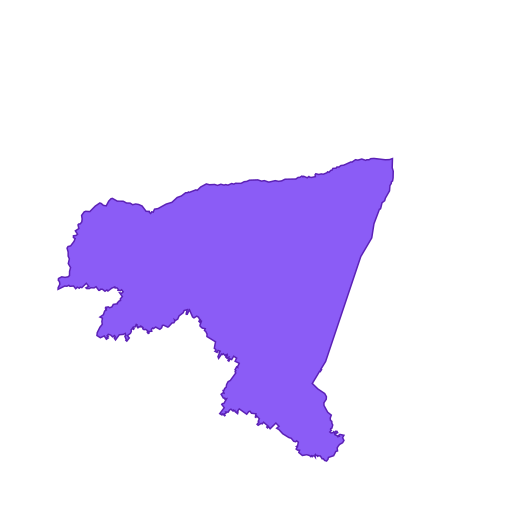 Sleman, Yogyakarta, Indonesia, rotated 31°
{"feature_id": "22746128B68764842139539", "entity_name": "Sleman", "entity_type": "district", "adm_level": 2, "iso_a3": "IDN", "parent_name": "Indonesia", "parent_adm1": "Yogyakarta", "projection": "orthographic", "projection_center": [110.397, -7.69], "detail": "fine", "context": "isolated", "style": "filled", "palette": "violet", "viewbox_px": 512, "rotation_deg": 31, "n_neighbors": 0, "source": "geoboundaries", "source_scale": "gbopen_adm2", "svg_char_len": 6140}
<svg xmlns="http://www.w3.org/2000/svg" viewBox="0 0 512 512"><g transform="rotate(31 256 256)"><path d="M398.5,403.1L401.8,400.2L404.9,399.4L406.1,399.8L406.5,398.6L407.5,399.1L407.7,397.8L409.4,397.4L410.3,397.8L409.1,396.2L409.2,395.6L409.7,396.0L411.7,395.3L411.9,396.6L412.3,395.1L414.2,394.3L417.2,395.8L418.1,395.1L420.1,395.9L422.1,395.4L422.4,393.2L421.8,391.4L425.4,387.2L425.1,382.4L426.3,381.1L424.4,378.7L424.4,376.6L424.7,374.5L426.4,371.5L426.4,368.8L423.8,367.2L423.7,364.4L419.8,365.7L419.2,367.4L420.2,367.7L419.2,368.8L418.3,368.3L415.7,368.5L416.1,366.5L417.0,365.4L415.7,364.6L414.4,365.3L414.4,367.4L413.1,366.7L412.9,367.8L411.5,369.0L409.9,368.8L410.4,366.7L409.3,366.4L408.9,365.5L409.7,364.5L408.8,361.3L407.3,360.4L406.1,358.7L404.5,358.5L403.1,356.7L402.5,353.6L397.9,353.0L391.2,349.1L389.8,346.8L390.0,342.6L388.8,340.3L385.7,338.5L377.6,338.1L369.9,336.3L369.9,322.0L370.6,322.0L370.7,319.7L369.9,319.7L370.0,310.6L346.1,202.5L345.9,180.9L340.5,167.6L337.7,152.3L338.4,151.6L338.2,150.5L336.6,145.5L337.8,142.3L337.1,139.8L336.9,131.4L334.5,126.6L334.6,124.2L333.9,122.9L334.4,121.3L333.3,118.5L330.0,112.7L327.3,110.2L322.8,102.2L320.8,104.6L317.3,106.9L306.9,111.6L304.3,113.4L303.3,115.3L301.2,116.6L300.8,117.5L296.7,118.4L293.9,121.4L291.7,122.2L289.9,126.1L288.9,126.5L284.3,133.1L282.2,134.7L281.3,137.0L279.5,138.1L279.4,139.5L276.8,141.3L276.9,143.3L276.0,144.1L275.4,146.7L274.1,146.9L273.8,148.3L271.5,151.3L269.7,152.0L267.8,153.8L264.9,154.7L264.8,155.9L266.0,157.4L263.1,160.1L261.4,160.8L260.4,160.6L259.6,162.6L255.8,163.1L255.5,164.0L254.2,163.8L253.0,166.1L251.6,167.0L250.5,169.5L241.3,175.3L239.3,178.4L236.9,180.4L233.7,181.5L228.9,186.1L224.3,187.1L222.2,189.0L218.4,189.8L211.3,194.4L209.7,196.8L207.6,198.4L205.8,201.4L200.9,204.3L200.0,205.8L197.8,206.4L195.5,209.7L193.2,210.4L192.1,211.7L188.9,212.6L186.7,215.3L183.7,216.0L179.4,218.9L176.3,219.8L173.0,225.4L171.8,230.0L170.4,230.3L165.9,236.0L165.2,235.9L164.5,237.2L163.1,238.0L161.1,243.0L158.3,246.4L156.3,253.3L152.3,257.7L147.6,265.8L144.9,268.1L145.3,271.4L143.9,271.8L143.8,273.8L142.1,273.5L141.6,272.7L138.8,274.3L132.6,271.8L128.8,272.3L126.1,273.4L123.8,275.6L120.9,275.5L117.7,277.3L114.1,277.4L108.9,280.4L103.2,280.6L102.2,281.6L101.5,284.8L101.8,290.1L99.2,291.2L96.3,290.7L94.8,291.0L92.5,296.0L90.7,303.5L87.0,305.4L86.0,306.7L85.6,311.0L87.9,313.8L89.1,316.5L88.8,318.9L87.5,320.0L87.4,321.0L90.0,323.7L88.2,327.5L91.8,329.2L91.3,330.9L89.1,332.7L90.0,334.2L92.0,334.2L92.5,337.1L91.9,342.8L90.0,344.7L90.0,346.6L92.9,349.3L95.1,352.9L97.5,354.6L99.0,359.2L103.0,361.4L104.1,365.2L106.2,368.8L105.6,370.7L103.3,372.7L100.2,373.9L98.3,377.0L99.0,378.6L100.7,379.2L102.4,381.2L102.7,385.0L103.5,386.5L107.5,380.3L109.5,379.3L110.7,377.5L112.1,377.8L115.1,375.7L118.3,376.9L118.8,374.8L121.1,374.6L121.4,373.2L123.0,372.8L124.6,366.8L128.2,368.1L126.6,370.9L127.7,371.1L130.0,369.7L130.7,368.3L133.7,366.7L134.7,364.7L138.9,366.4L139.7,365.9L139.9,364.5L141.5,363.6L144.7,364.0L145.7,361.9L147.1,362.3L148.9,357.9L150.9,355.2L151.7,356.0L153.1,354.9L155.4,355.6L155.4,356.4L157.7,355.5L158.1,354.2L158.9,354.4L160.6,355.1L160.1,357.1L158.2,357.8L162.3,359.6L161.8,362.7L162.8,363.9L161.9,364.9L161.3,367.5L161.8,368.3L158.6,371.0L158.7,373.9L157.2,375.7L155.6,375.7L153.6,377.4L153.7,378.1L154.8,378.1L154.7,379.1L155.5,379.3L154.6,381.1L155.4,384.9L153.7,388.7L156.4,388.4L157.6,391.5L159.4,393.7L158.9,397.4L159.4,403.5L160.6,406.1L164.7,406.2L167.1,402.7L170.6,404.4L171.5,402.5L170.3,402.6L170.7,400.9L169.5,400.9L169.7,399.2L172.1,398.6L174.7,399.2L175.7,397.1L177.1,397.8L176.7,399.3L178.8,400.3L179.4,393.9L182.7,391.5L183.8,389.7L185.1,390.9L184.9,392.3L188.0,394.7L187.9,395.3L189.1,395.5L189.6,391.5L186.8,390.5L188.2,386.9L188.0,384.9L187.0,383.6L187.4,381.8L188.7,382.0L188.9,381.2L187.3,381.1L187.4,380.1L188.9,379.1L188.6,376.3L189.5,376.3L189.6,377.5L191.0,377.4L191.0,378.1L191.8,378.4L192.8,376.3L193.8,376.1L193.5,375.4L195.9,375.5L196.4,376.7L198.0,376.8L199.1,375.8L200.5,375.8L201.8,376.0L202.0,377.3L203.5,377.9L204.0,377.2L203.2,375.8L205.4,374.2L204.1,372.7L204.6,370.9L205.5,371.0L206.6,368.6L211.3,368.4L212.1,366.1L211.5,363.7L212.5,362.9L217.0,362.4L217.5,361.7L218.5,356.7L220.0,355.5L220.0,353.7L219.1,352.8L220.0,353.0L221.4,350.4L220.9,347.0L222.8,342.2L222.5,339.7L224.7,337.4L225.8,341.3L226.3,341.9L227.1,341.4L226.6,336.6L225.9,335.8L233.0,340.9L234.7,341.0L236.2,338.1L238.3,338.1L240.3,339.4L240.8,339.2L240.7,341.4L241.9,341.7L242.1,339.9L242.8,339.9L243.6,344.2L244.4,345.0L247.1,345.5L249.9,344.4L250.2,346.4L251.8,346.6L254.2,348.1L255.4,350.3L265.5,350.4L267.8,356.6L269.6,356.8L270.3,357.7L269.9,358.8L272.3,358.7L272.1,356.5L274.3,356.1L274.2,357.9L274.7,358.0L275.2,361.8L276.7,363.0L277.0,357.8L277.8,357.9L278.3,356.6L281.1,357.3L281.0,356.3L281.4,356.3L281.9,355.1L282.6,355.7L282.3,358.2L283.8,358.3L284.1,359.2L284.2,357.3L284.9,356.6L285.0,357.6L285.9,357.6L285.8,360.0L286.9,360.1L286.8,357.5L288.5,357.3L288.5,353.4L292.0,353.5L292.3,357.0L296.9,356.6L297.2,359.6L296.7,360.5L297.5,361.0L296.5,361.3L296.6,364.3L297.8,364.7L297.7,366.0L298.9,366.7L298.1,375.9L296.8,378.1L297.0,381.3L298.0,383.9L297.3,385.7L297.8,387.1L297.0,388.2L299.2,390.1L298.1,390.4L297.3,392.5L301.2,394.6L302.4,393.9L303.1,394.7L304.3,393.5L304.4,398.8L303.2,399.9L303.1,400.9L306.9,402.4L306.1,409.8L308.6,409.8L308.4,408.7L309.0,408.5L311.4,409.1L311.6,408.6L310.2,407.7L311.3,405.7L310.5,405.3L312.6,404.1L312.6,401.8L313.4,400.2L315.7,400.7L316.0,399.9L316.5,400.4L317.4,399.3L318.3,400.2L321.4,400.6L320.9,398.9L320.0,398.8L320.4,395.7L329.5,396.4L329.9,393.2L330.7,392.2L333.1,393.1L337.3,391.3L338.4,394.4L339.0,394.4L339.1,392.8L342.7,393.8L343.0,396.5L344.0,396.8L343.6,399.7L345.0,400.0L346.6,396.8L347.8,396.7L348.1,394.6L353.6,395.5L353.3,397.1L354.4,397.4L354.6,395.9L357.1,396.8L359.1,389.0L363.4,390.1L362.4,393.0L365.1,393.0L370.5,394.6L377.6,394.7L380.1,394.1L383.7,395.4L385.7,394.8L386.0,393.5L388.2,393.8L389.4,397.3L388.8,398.4L389.8,398.4L389.8,400.8L391.5,401.0L393.4,400.1L393.9,402.4L398.5,403.1Z" fill="#8b5cf6" stroke="#5b21b6" stroke-width="1.5"/></g></svg>